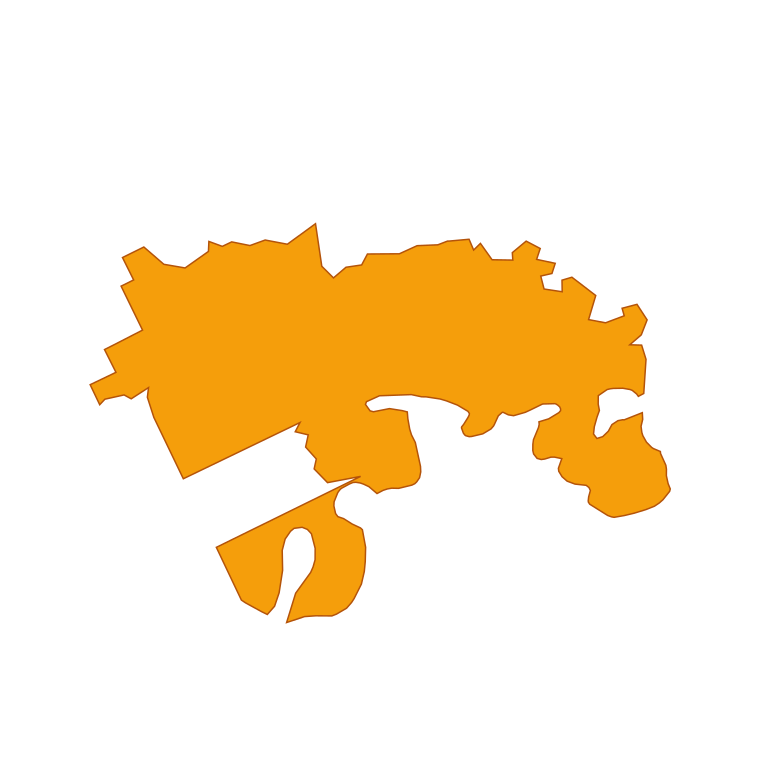 outline of Warren, Mississippi, United States of America, rotated 244°
{"feature_id": "52423323B35376266327581", "entity_name": "Warren", "entity_type": "district", "adm_level": 2, "iso_a3": "USA", "parent_name": "United States of America", "parent_adm1": "Mississippi", "projection": "equal_earth", "projection_center": [-90.955, 32.349], "detail": "fine", "context": "isolated", "style": "filled", "palette": "amber", "viewbox_px": 768, "rotation_deg": 244, "n_neighbors": 0, "source": "geoboundaries", "source_scale": "gbopen_adm2", "svg_char_len": 3291}
<svg xmlns="http://www.w3.org/2000/svg" viewBox="0 0 768 768"><g transform="rotate(244 384 384)"><path d="M261.5,607.2L261.4,607.2L261.6,613.3L291.3,630.3L306.0,632.6L311.5,622.1L315.4,636.8L326.3,648.6L344.7,646.3L347.7,631.2L340.0,629.8L341.9,609.9L352.2,596.1L370.7,613.1L397.6,599.7L399.3,589.5L388.8,584.6L399.2,569.5L412.3,572.2L409.7,583.4L417.4,590.8L429.1,575.8L437.3,583.8L450.1,574.4L445.8,556.9L438.9,554.1L448.3,535.6L468.1,532.3L465.1,523.3L476.8,523.9L484.1,504.7L484.6,503.8L485.5,493.4L493.8,474.4L494.3,454.9L508.1,426.1L500.8,416.1L505.6,401.0L501.5,385.1L517.1,379.7L558.1,392.7L552.0,358.4L565.5,340.3L567.2,324.2L578.5,309.4L578.6,299.0L588.9,289.1L580.1,284.3L575.5,256.1L588.1,238.6L612.4,228.2L612.3,204.4L587.3,204.6L587.2,190.6L538.3,190.6L537.6,157.4L537.5,147.9L512.0,148.2L512.2,119.6L490.0,119.4L492.7,126.5L488.1,145.6L481.5,150.3L484.0,170.8L475.8,165.5L454.8,162.5L386.8,162.1L386.2,291.6L380.0,283.3L371.5,293.6L361.7,285.9L346.3,290.3L338.3,284.0L320.1,290.0L311.2,322.5L310.7,161.7L252.3,161.1L248.0,163.6L233.3,174.0L233.0,174.2L228.0,178.1L232.2,188.2L242.3,198.2L261.0,211.2L279.1,219.6L288.0,227.2L292.6,235.4L293.7,239.9L291.1,247.6L286.9,251.4L281.2,253.1L266.5,250.1L256.2,245.0L250.6,240.0L246.8,235.5L234.7,212.9L212.3,191.9L209.8,210.6L205.6,221.0L198.4,235.5L198.0,240.5L198.9,252.1L201.8,259.0L204.2,263.0L214.1,276.0L224.1,284.1L232.6,289.3L245.3,295.9L262.5,300.7L264.9,299.8L272.1,294.0L280.7,288.7L285.0,284.4L288.8,283.7L296.4,285.5L300.0,287.5L306.6,294.8L307.4,296.2L308.6,298.7L308.9,300.3L309.3,309.2L309.1,312.9L308.0,315.6L305.5,319.2L303.0,321.7L298.4,325.4L288.6,329.7L288.8,336.6L288.2,341.0L287.0,345.2L283.8,351.4L280.9,364.7L280.9,368.0L281.7,370.5L284.2,374.9L288.9,378.5L294.0,380.7L317.7,386.5L326.2,386.4L332.1,387.3L342.3,390.2L348.7,392.7L352.1,388.7L359.5,378.1L363.7,362.3L366.0,359.7L373.8,358.4L375.8,360.5L375.4,374.8L362.5,403.9L356.0,412.2L354.0,416.2L345.9,427.9L341.5,432.7L332.8,440.8L322.6,447.5L320.0,447.8L318.8,447.0L317.1,444.8L312.8,437.9L311.4,435.0L310.6,434.4L305.1,433.8L302.9,434.2L301.7,434.8L299.3,437.5L298.4,439.8L295.9,451.0L296.7,460.5L298.2,464.0L299.2,465.4L305.3,472.8L306.7,477.9L306.3,478.7L301.8,482.2L298.7,486.6L296.6,498.6L296.5,503.7L296.5,517.8L291.4,529.0L290.5,529.9L288.7,531.0L288.4,531.1L286.4,531.9L284.2,531.8L282.6,531.0L281.6,528.6L280.5,516.7L282.1,506.7L279.7,505.8L277.1,503.7L268.4,493.9L264.6,491.4L259.0,488.6L255.5,487.8L250.0,489.0L247.2,492.2L246.1,495.6L245.1,501.9L243.6,505.1L239.0,511.1L231.8,503.8L228.9,502.8L222.6,503.4L216.4,506.0L210.3,511.8L204.3,521.3L201.0,522.9L200.2,522.8L197.8,522.8L192.9,518.5L189.6,516.4L188.3,515.9L185.8,516.2L167.8,527.4L164.8,530.3L163.3,532.4L160.4,542.4L158.2,552.3L156.3,564.4L155.6,573.5L156.4,579.3L157.7,584.0L162.3,593.7L164.2,595.3L170.0,595.7L177.8,597.6L183.6,600.5L187.4,601.7L200.3,602.1L202.2,602.8L207.8,597.9L209.6,596.8L216.7,594.4L224.1,594.0L227.4,594.5L233.3,596.5L238.8,601.0L245.0,603.6L246.5,584.1L247.2,583.0L248.5,578.2L247.6,571.1L243.2,564.9L240.8,557.5L241.7,551.5L247.2,550.4L253.4,554.3L260.7,560.8L265.8,566.0L272.0,567.7L279.6,571.5L281.2,582.1L280.5,585.3L279.5,588.2L275.5,596.8L271.2,602.7L269.5,604.3L264.3,606.7L261.5,607.2Z" fill="#f59e0b" stroke="#b45309" stroke-width="1.5"/></g></svg>